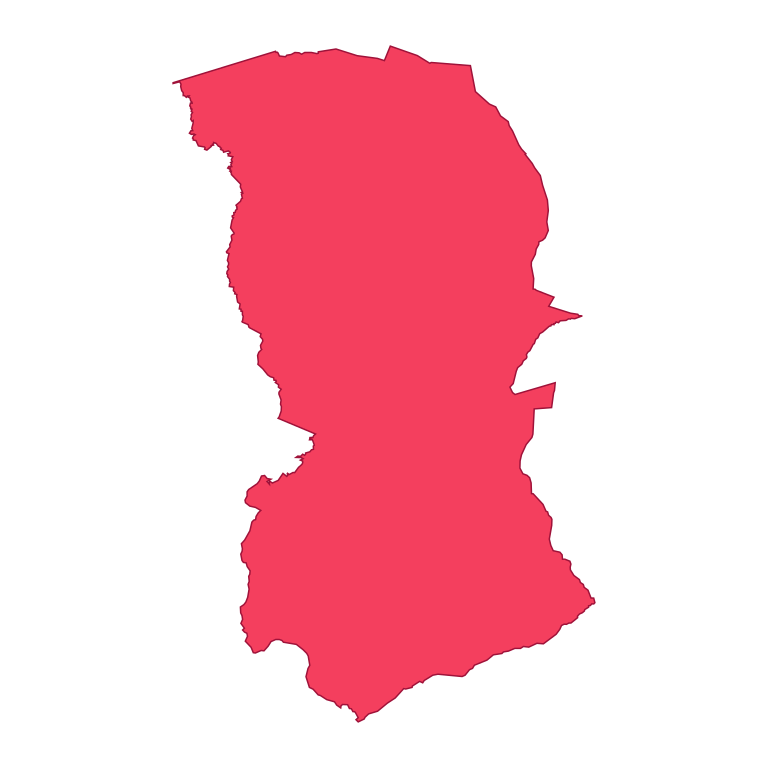 Sacaseni, Satu Mare, Romania (Equal Earth projection)
{"feature_id": "2599482B48586457316120", "entity_name": "Sacaseni", "entity_type": "district", "adm_level": 2, "iso_a3": "ROU", "parent_name": "Romania", "parent_adm1": "Satu Mare", "projection": "equal_earth", "projection_center": [22.68, 47.446], "detail": "fine", "context": "isolated", "style": "filled", "palette": "rose", "viewbox_px": 768, "rotation_deg": 0, "n_neighbors": 0, "source": "geoboundaries", "source_scale": "gbopen_adm2", "svg_char_len": 6092}
<svg xmlns="http://www.w3.org/2000/svg" viewBox="0 0 768 768"><path d="M583.3,584.5L580.4,582.5L579.4,579.6L573.9,575.5L570.4,569.9L570.2,567.2L570.9,564.1L569.9,561.2L564.9,559.2L562.5,559.2L562.1,554.8L559.9,552.2L553.2,550.7L550.8,545.4L549.3,539.1L551.7,525.4L551.9,519.3L551.0,517.4L548.6,515.3L547.6,511.9L546.0,511.2L543.0,504.4L533.2,493.8L531.5,493.6L531.1,482.9L529.6,477.7L527.0,475.3L522.9,473.8L519.9,468.1L520.1,460.9L521.5,454.7L526.2,444.5L531.9,437.5L532.9,434.1L534.2,408.9L551.6,407.6L553.6,392.8L554.5,390.4L555.2,382.7L515.0,394.5L512.5,392.5L509.9,387.1L513.2,383.6L516.3,371.1L517.7,367.6L521.8,364.2L523.3,360.8L526.3,358.4L526.9,357.0L526.4,354.6L527.8,352.2L529.9,350.6L533.2,344.3L534.3,343.6L535.7,339.3L537.8,337.9L539.7,333.7L542.7,332.0L549.3,326.2L550.9,325.9L551.4,324.6L554.0,324.6L553.8,323.7L555.4,323.3L556.1,322.0L558.5,322.7L560.2,320.8L566.0,320.4L568.7,318.8L570.4,319.1L571.2,318.4L574.8,318.7L582.3,315.9L578.7,315.6L577.8,314.3L570.6,313.2L548.7,306.3L554.0,297.2L536.3,290.3L535.2,289.3L533.1,289.0L533.7,278.5L531.3,265.8L531.4,261.9L535.3,254.3L536.2,249.0L538.7,244.5L538.9,241.8L542.6,240.2L545.1,237.9L548.3,230.5L546.8,221.9L548.3,210.6L547.4,200.0L542.6,185.3L540.3,175.5L534.7,167.9L532.2,163.4L525.1,154.4L525.9,153.8L521.6,149.2L518.8,144.9L512.5,130.9L509.2,125.7L508.2,121.6L500.5,115.9L495.7,106.9L489.4,104.1L475.4,91.6L470.4,65.6L431.2,62.5L429.8,63.3L417.4,55.6L390.3,46.1L384.4,60.6L377.4,58.4L357.2,55.7L336.0,49.0L318.3,51.8L318.2,53.3L316.9,53.6L311.5,52.5L304.7,52.5L301.6,54.2L299.1,52.8L294.9,52.5L291.2,54.5L286.8,55.2L285.5,56.7L279.4,56.0L278.0,52.9L277.2,52.2L276.0,52.4L275.5,51.3L173.1,82.7L173.1,83.5L179.7,81.8L181.0,84.2L180.7,86.6L181.7,90.7L183.2,92.6L183.2,95.6L184.4,95.6L186.3,97.3L187.4,96.0L189.1,95.9L188.2,97.1L190.0,98.0L190.7,100.9L192.0,102.2L192.1,103.2L190.5,103.0L189.8,105.9L190.7,107.0L190.6,108.2L191.6,108.7L191.2,109.3L191.9,109.7L191.2,111.3L192.5,112.4L191.1,114.8L191.4,116.7L190.7,119.1L192.1,121.3L193.2,120.6L193.2,122.8L191.8,128.3L192.7,130.6L191.0,130.7L189.4,133.2L191.4,134.4L193.9,134.0L195.2,134.7L193.6,135.7L192.5,138.1L193.2,138.8L193.2,140.0L196.0,140.6L198.4,145.9L204.5,147.0L205.1,147.7L204.6,149.3L206.9,150.1L211.2,146.5L211.1,145.7L213.4,145.1L212.6,144.2L213.6,143.7L213.6,142.5L216.2,143.4L218.4,146.2L219.8,146.5L220.2,147.7L221.3,148.2L220.7,149.5L223.0,150.4L223.6,152.2L228.4,150.9L230.3,152.4L229.9,153.3L227.8,153.7L228.5,154.9L228.2,155.8L232.8,156.7L231.3,159.8L232.3,161.7L230.7,162.5L231.7,163.3L230.9,164.7L231.7,166.5L228.8,166.4L227.7,168.1L228.4,168.6L230.3,168.1L229.9,169.5L230.6,170.0L229.9,171.1L231.3,171.3L230.8,172.4L231.4,173.1L231.4,174.5L240.7,184.2L240.3,186.9L242.5,192.0L241.4,192.4L242.7,193.3L241.4,194.2L242.4,198.3L241.4,198.8L240.5,201.3L236.0,205.2L237.1,207.1L236.7,207.8L237.2,209.0L235.6,210.3L235.2,212.3L233.8,212.6L234.0,214.9L232.1,216.0L232.4,217.2L233.5,217.7L232.1,220.0L230.6,227.9L234.1,233.1L233.9,234.0L232.3,234.6L231.2,236.1L231.9,240.2L229.7,244.6L230.1,246.9L226.4,251.8L226.8,252.8L229.0,253.6L227.4,260.4L228.6,262.8L228.5,264.8L227.5,266.8L228.7,269.1L227.1,271.4L226.8,273.8L227.8,274.7L227.5,276.6L229.6,279.2L229.6,281.2L230.4,282.4L229.5,284.1L229.3,286.5L233.7,287.2L233.4,290.7L235.1,292.5L234.7,293.8L236.9,294.5L236.6,296.3L237.6,302.0L240.1,304.0L239.3,308.9L241.0,309.2L241.0,311.2L242.4,311.3L242.4,314.8L243.2,316.3L242.6,320.6L242.0,321.4L242.3,322.1L248.2,324.6L248.9,327.1L250.0,328.0L261.0,333.8L260.2,336.6L262.5,339.2L262.8,341.1L260.5,345.4L260.9,348.2L261.7,349.4L258.8,352.3L257.6,355.5L258.3,362.0L257.9,364.3L262.8,368.8L267.7,374.9L270.3,376.7L273.6,377.7L274.0,380.2L275.9,380.3L276.3,381.3L275.3,382.5L278.6,384.7L278.4,387.2L281.2,389.2L279.0,392.2L278.9,394.0L281.1,400.0L280.5,404.1L281.4,406.6L281.2,411.0L279.2,416.8L278.1,418.3L315.5,434.0L313.6,435.7L313.0,437.3L309.3,437.6L311.1,438.1L309.8,438.5L309.5,439.8L312.2,439.7L312.9,441.0L314.3,445.2L313.3,446.1L313.5,449.3L311.5,449.8L309.8,451.8L305.6,453.0L305.6,454.1L304.6,455.3L302.7,454.2L300.6,456.3L297.8,456.1L296.0,457.4L301.2,457.6L303.1,458.7L300.4,460.1L302.6,461.1L302.7,462.8L301.9,464.4L298.5,467.4L294.7,472.6L293.0,472.5L289.2,474.5L287.5,473.3L287.2,473.9L288.1,474.7L286.8,476.4L283.0,473.4L278.2,480.4L272.4,483.0L269.8,481.3L269.2,482.4L269.4,484.2L267.0,481.5L270.9,479.2L267.2,478.6L264.6,475.5L261.5,476.0L259.3,481.0L257.2,483.7L248.7,489.5L247.1,491.8L247.1,496.1L245.0,500.1L245.5,502.7L249.8,506.1L255.5,507.4L260.8,510.4L258.3,512.8L256.1,516.4L255.6,519.6L253.6,520.2L251.9,522.1L249.9,530.8L244.7,540.0L241.4,543.7L242.4,548.7L242.1,551.3L240.8,554.1L242.0,560.5L243.4,562.4L246.2,562.9L247.2,566.6L250.1,570.8L249.8,574.2L248.7,576.3L249.2,581.4L248.1,584.3L249.1,589.1L247.7,597.3L245.9,602.0L243.9,604.6L240.4,607.0L240.7,612.9L242.0,615.6L242.6,619.4L240.9,623.4L244.4,628.2L242.6,630.0L244.5,632.1L246.9,633.3L247.5,636.3L245.3,641.2L251.1,647.3L253.3,652.7L255.4,653.0L261.1,650.5L264.0,650.8L268.1,646.2L271.0,641.6L275.7,639.5L279.3,639.5L282.0,640.5L283.4,642.2L296.4,644.4L303.1,649.7L306.7,653.3L308.2,655.9L309.8,665.3L308.0,668.5L306.0,676.7L309.4,687.4L313.1,689.2L318.2,694.9L320.4,695.5L326.7,699.6L334.5,701.8L336.7,705.1L340.7,707.9L341.0,705.9L342.5,704.5L347.6,704.7L349.4,708.5L351.4,708.8L352.9,711.6L354.6,711.7L355.5,712.7L358.2,717.7L356.0,719.7L358.2,721.9L364.2,719.0L365.0,717.3L368.6,713.9L377.6,711.2L387.4,703.1L395.2,698.0L403.7,688.6L405.7,689.0L412.1,687.4L412.4,686.0L419.6,681.4L422.7,682.8L424.2,680.5L432.8,675.2L437.9,674.2L462.1,676.5L465.1,675.2L469.5,669.7L472.5,668.4L474.4,665.2L487.0,660.1L493.4,654.8L501.9,653.5L503.5,651.9L508.4,651.1L514.8,648.4L520.5,648.4L523.4,646.5L528.8,647.1L536.9,643.3L543.4,643.8L556.2,634.2L559.8,629.3L561.5,625.5L564.1,624.2L566.5,624.3L568.8,623.1L571.0,623.0L577.6,617.7L577.5,616.1L579.5,614.0L582.4,612.7L584.4,611.0L584.7,609.6L588.6,607.2L588.6,605.8L590.4,605.5L591.7,603.9L593.8,603.9L594.9,602.7L593.7,598.1L591.0,598.0L588.0,590.2L584.2,587.4L583.3,584.5Z" fill="#f43f5e" stroke="#9f1239" stroke-width="1.5"/></svg>